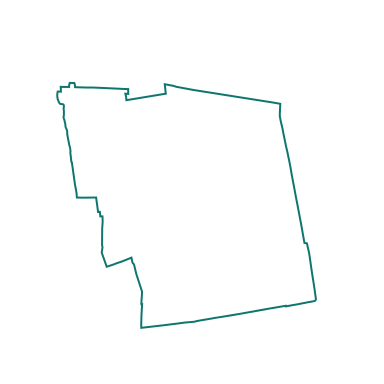 Seaca De Camp, Dolj, Romania (Natural Earth projection), rotated 72°
{"feature_id": "2599482B71679844083727", "entity_name": "Seaca De Camp", "entity_type": "district", "adm_level": 2, "iso_a3": "ROU", "parent_name": "Romania", "parent_adm1": "Dolj", "projection": "natural_earth1", "projection_center": [23.204, 43.942], "detail": "fine", "context": "isolated", "style": "outline", "palette": "teal", "viewbox_px": 384, "rotation_deg": 72, "n_neighbors": 0, "source": "geoboundaries", "source_scale": "gbopen_adm2", "svg_char_len": 3086}
<svg xmlns="http://www.w3.org/2000/svg" viewBox="0 0 384 384"><g transform="rotate(72 192 192)"><path d="M199.3,90.8L198.7,90.7L193.1,90.0L188.4,89.5L184.8,89.1L183.0,88.9L179.7,88.6L176.9,88.4L175.4,88.2L163.1,86.8L159.5,86.3L154.2,85.9L151.9,85.7L148.0,85.2L147.0,85.0L146.7,85.0L146.4,84.9L140.4,82.7L135.7,80.9L135.4,80.8L132.0,87.2L95.3,159.3L87.9,172.9L87.2,174.3L85.4,176.7L81.1,184.6L89.6,186.4L90.4,186.5L84.4,226.0L81.2,225.3L77.9,225.0L79.0,222.3L78.2,222.1L74.4,220.9L74.3,221.2L73.2,224.3L70.2,232.2L65.9,243.6L63.6,249.7L63.1,251.1L62.0,254.0L60.3,259.3L59.6,261.3L56.2,270.8L54.6,270.4L54.0,270.3L53.8,270.2L53.4,270.2L51.9,270.3L51.2,272.8L50.8,273.5L50.5,274.1L50.5,274.4L50.6,274.8L50.9,274.9L51.2,275.0L51.8,275.3L52.4,275.8L52.8,276.0L53.2,276.2L53.3,276.2L54.1,276.4L53.5,278.3L52.8,280.4L52.2,282.3L51.7,283.6L51.4,284.4L53.2,284.8L55.5,285.5L56.1,285.7L55.5,286.9L55.1,288.2L55.0,288.7L57.1,289.8L58.1,290.2L58.5,290.3L60.0,290.7L60.7,290.8L61.3,290.9L61.8,291.0L62.2,291.1L62.7,291.0L63.1,291.0L63.9,290.9L65.1,290.9L65.6,290.8L66.2,290.7L66.9,290.4L67.2,290.3L67.5,290.0L67.9,289.2L68.4,288.1L68.6,287.7L68.8,287.5L69.3,287.2L70.1,287.2L70.8,287.3L71.1,287.4L71.6,287.6L71.9,287.8L72.5,288.1L72.9,288.3L73.4,288.4L74.7,288.7L75.4,288.8L78.7,289.9L79.6,290.2L80.1,290.5L80.6,290.8L81.0,291.0L81.5,291.1L81.9,291.2L82.4,291.2L83.9,291.1L85.5,291.3L87.1,291.4L89.2,291.7L90.1,291.9L90.7,292.1L91.3,292.1L92.0,292.1L92.6,292.0L93.4,292.0L94.1,291.9L95.0,291.9L96.3,292.1L97.2,292.4L97.7,292.5L97.8,292.6L98.4,292.8L101.3,293.2L109.4,294.2L112.4,294.3L114.3,294.7L115.9,295.0L116.7,295.5L119.8,296.1L126.0,297.4L126.7,297.1L149.4,301.1L152.2,301.4L157.6,302.2L161.7,303.2L163.7,297.5L167.6,284.9L168.7,285.1L174.3,286.1L177.6,286.7L182.0,287.5L182.3,285.8L182.8,285.8L185.8,286.5L186.6,286.6L186.8,286.7L187.5,284.7L189.1,285.1L190.4,285.5L192.5,286.1L197.0,287.9L198.9,288.7L200.2,289.1L201.1,289.4L214.6,293.9L215.6,294.1L216.1,294.1L216.5,294.1L216.8,294.2L217.4,294.4L218.1,294.8L220.0,295.7L221.7,296.6L225.5,296.5L236.7,296.2L236.7,288.8L236.5,286.2L236.4,279.6L236.0,273.4L235.9,272.0L235.7,269.9L235.8,269.9L240.3,270.4L241.0,270.3L241.7,270.1L242.3,269.8L242.8,269.6L243.5,269.6L252.8,270.3L268.3,270.3L271.4,270.3L272.5,270.7L282.5,274.7L283.1,274.8L283.2,274.1L294.0,278.3L303.7,281.7L305.5,282.2L309.8,261.0L312.8,245.5L314.0,238.9L315.9,230.8L316.2,229.4L316.2,227.4L318.6,211.0L318.7,209.7L319.8,203.1L322.3,186.8L326.7,154.9L328.8,140.7L329.2,137.9L329.8,138.0L330.7,131.2L331.4,126.5L332.1,120.5L332.3,119.2L332.6,116.2L333.2,112.3L333.5,109.9L333.5,109.3L333.5,108.8L333.3,108.4L333.0,107.9L332.4,107.3L330.7,107.0L323.0,105.6L315.8,104.4L310.5,103.6L302.7,102.3L301.4,102.1L298.7,101.6L295.2,101.0L293.4,100.7L290.7,100.2L288.8,99.9L286.9,99.6L284.5,99.3L282.2,99.1L280.5,99.0L279.6,98.9L278.8,98.8L278.2,98.7L277.3,98.6L276.8,98.6L276.4,98.6L276.1,98.8L276.0,99.2L275.8,99.7L275.7,99.9L275.6,100.0L275.4,100.3L275.1,100.8L257.3,98.3L237.8,95.8L227.1,94.5L215.8,93.0L207.0,91.9L199.3,90.8Z" fill="none" stroke="#0f766e" stroke-width="2"/></g></svg>